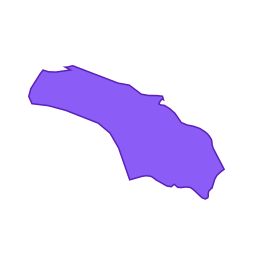 SVG path tracing the border of La Union, rotated 119°
{"feature_id": "PHL-2561", "entity_name": "La Union", "entity_type": "Province", "adm_level": 1, "iso_a3": "PHL", "parent_name": "Philippines", "parent_adm1": "", "projection": "albers", "projection_center": [120.415, 16.561], "detail": "fine", "context": "isolated", "style": "filled", "palette": "violet", "viewbox_px": 256, "rotation_deg": 119, "n_neighbors": 0, "source": "natural_earth", "source_scale": "10m", "svg_char_len": 950}
<svg xmlns="http://www.w3.org/2000/svg" viewBox="0 0 256 256"><g transform="rotate(119 128 128)"><path d="M118.5,230.4L117.4,224.8L114.0,218.1L105.2,206.5L105.2,212.4L103.7,210.0L101.9,208.3L100.3,206.4L93.6,158.6L89.9,147.7L92.0,132.8L89.6,125.8L85.8,118.8L83.5,113.3L86.1,110.7L86.1,111.9L87.0,112.5L88.9,112.8L92.0,112.7L92.0,110.7L90.6,107.1L90.9,100.8L92.4,94.1L97.4,84.0L96.7,77.8L94.7,71.4L93.6,65.0L94.0,58.7L94.6,55.8L95.7,52.9L97.6,49.5L99.6,47.8L101.8,46.3L104.3,43.9L117.5,23.9L121.6,25.7L126.4,27.3L130.8,27.3L139.8,25.4L139.8,25.7L144.1,26.7L146.4,26.1L148.3,24.9L150.3,24.4L152.6,25.9L153.1,29.5L150.3,40.5L149.8,44.7L151.8,49.3L154.3,52.5L155.8,55.8L154.8,60.2L158.4,61.7L159.9,65.9L159.8,78.0L159.1,83.2L159.4,85.3L161.0,89.0L163.2,92.0L172.5,101.4L150.0,126.5L141.2,141.2L138.2,156.4L142.8,191.2L147.2,208.8L153.3,223.8L148.5,230.1L140.6,232.1L123.3,231.1L118.5,230.4Z" fill="#8b5cf6" stroke="#5b21b6" stroke-width="1.5"/></g></svg>